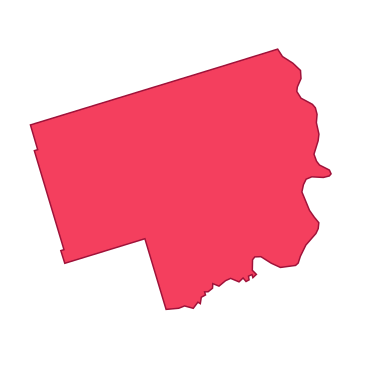 the district of Dewey, South Dakota, United States of America, rotated 343°
{"feature_id": "52423323B50673090561410", "entity_name": "Dewey", "entity_type": "district", "adm_level": 2, "iso_a3": "USA", "parent_name": "United States of America", "parent_adm1": "South Dakota", "projection": "equal_earth", "projection_center": [-100.659, 45.099], "detail": "fine", "context": "isolated", "style": "filled", "palette": "rose", "viewbox_px": 384, "rotation_deg": 343, "n_neighbors": 0, "source": "geoboundaries", "source_scale": "gbopen_adm2", "svg_char_len": 1024}
<svg xmlns="http://www.w3.org/2000/svg" viewBox="0 0 384 384"><g transform="rotate(343 192 192)"><path d="M334.6,147.6L332.8,143.4L323.7,134.2L321.6,126.5L323.5,122.3L329.4,115.4L331.3,107.5L326.1,98.3L318.1,88.9L315.7,80.4L254.0,80.6L57.1,80.6L56.8,106.4L53.3,106.4L52.7,209.7L49.4,209.7L49.5,223.0L133.3,222.9L132.9,296.7L145.3,299.3L151.6,298.8L159.2,303.6L165.4,299.1L167.3,301.2L170.1,295.4L174.8,294.4L174.8,291.2L178.3,292.1L183.5,290.0L185.1,285.7L190.3,289.9L198.2,286.6L203.7,285.9L210.7,291.7L215.7,289.2L217.5,293.4L220.9,292.7L221.4,289.0L225.2,288.5L225.2,291.7L229.5,289.6L226.8,284.5L230.1,274.5L233.1,272.4L239.0,274.0L247.0,283.3L254.5,290.0L269.6,292.5L272.8,291.0L276.8,285.2L285.4,276.0L298.4,267.9L302.0,263.9L304.3,258.5L301.5,251.7L299.0,244.0L297.1,224.1L300.7,217.6L304.9,213.1L311.0,212.5L321.9,216.5L328.0,216.8L330.3,215.3L329.8,211.2L321.8,203.5L320.1,199.0L319.7,191.5L327.6,179.9L330.3,173.8L331.2,162.1L334.3,154.3L334.6,147.6Z" fill="#f43f5e" stroke="#9f1239" stroke-width="1.5"/></g></svg>